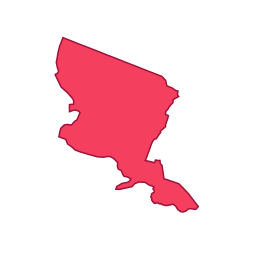 the district of Al Jarrahi, Al Hudaydah, Yemen, rotated 114°
{"feature_id": "15242507B33824576617573", "entity_name": "Al Jarrahi", "entity_type": "district", "adm_level": 2, "iso_a3": "YEM", "parent_name": "Yemen", "parent_adm1": "Al Hudaydah", "projection": "mercator", "projection_center": [43.453, 14.104], "detail": "fine", "context": "isolated", "style": "filled", "palette": "rose", "viewbox_px": 256, "rotation_deg": 114, "n_neighbors": 0, "source": "geoboundaries", "source_scale": "gbopen_adm2", "svg_char_len": 4033}
<svg xmlns="http://www.w3.org/2000/svg" viewBox="0 0 256 256"><g transform="rotate(114 128 128)"><path d="M169.3,162.3L169.3,161.8L168.4,155.8L168.4,155.6L168.3,154.8L168.2,153.8L168.0,152.4L167.9,151.8L167.7,150.6L167.6,150.1L167.2,147.1L166.8,144.3L165.5,140.8L164.6,138.4L164.0,137.6L162.7,135.6L162.4,135.2L161.5,132.9L161.3,132.6L161.4,131.7L161.5,130.3L161.5,129.3L162.1,127.7L162.7,126.0L162.9,125.6L163.6,123.6L166.6,122.3L167.5,122.0L169.1,120.6L169.6,119.7L169.6,118.4L169.7,116.7L170.7,115.7L172.1,114.3L173.6,112.3L173.7,111.5L173.4,110.3L172.9,108.7L173.3,104.6L174.2,104.8L174.9,105.0L175.2,105.0L175.4,105.1L176.9,105.4L178.2,106.9L181.1,111.0L181.3,111.2L186.0,114.4L186.3,114.5L188.9,114.2L187.6,110.9L187.1,110.2L185.8,108.4L181.5,102.6L180.3,100.9L180.1,100.7L179.4,100.3L178.7,100.0L177.5,99.7L176.1,99.1L175.4,98.7L174.9,98.1L174.5,97.5L174.0,97.2L173.5,96.8L173.1,96.2L172.1,94.2L171.7,92.8L171.3,92.0L171.0,91.4L170.8,90.4L170.8,89.7L171.2,87.2L171.5,85.9L171.3,82.5L171.3,81.1L171.5,80.2L171.8,80.1L172.5,80.3L172.8,80.4L173.3,80.5L173.6,80.3L174.1,79.4L174.6,78.6L174.9,78.4L175.5,78.2L176.0,78.0L176.5,78.0L176.9,78.6L177.4,79.1L178.2,79.5L178.7,79.6L179.5,79.4L180.2,79.1L180.6,79.1L181.2,79.2L181.8,79.1L182.2,78.6L182.3,78.0L182.7,77.5L183.2,77.4L183.5,77.4L184.0,77.3L184.4,76.8L184.9,75.7L185.0,75.4L185.0,74.9L185.3,74.7L185.6,74.8L185.8,74.5L185.9,74.0L185.7,73.7L185.6,73.4L185.7,73.1L185.9,72.9L185.9,72.7L185.7,72.4L185.4,72.2L185.2,71.9L185.0,71.4L184.7,70.9L184.4,70.5L184.2,70.2L184.2,69.9L184.2,69.5L184.5,69.0L184.5,68.8L184.5,68.4L184.4,68.0L184.2,67.6L184.0,67.3L184.0,66.8L183.9,66.8L184.0,66.6L183.9,66.2L183.9,65.9L183.9,65.6L184.0,65.3L183.9,64.2L183.7,63.2L183.6,62.7L183.3,61.4L181.8,59.2L180.8,57.8L179.6,56.4L179.4,55.4L179.5,54.7L179.7,53.6L180.4,52.0L181.5,50.5L182.4,49.0L182.8,46.8L182.9,46.5L182.9,45.5L182.6,44.2L182.0,43.2L181.4,42.5L180.4,41.4L177.7,40.0L177.3,39.8L176.6,38.7L176.2,37.7L175.8,36.7L175.4,34.7L175.0,33.5L174.6,32.9L173.0,32.4L171.2,31.8L163.3,46.3L162.6,48.0L162.1,49.3L162.0,49.5L161.3,51.1L160.8,52.4L160.4,53.3L158.9,57.2L158.7,57.6L158.5,58.2L158.3,58.7L158.3,58.8L158.8,66.0L158.9,66.3L159.0,67.3L159.0,67.6L159.2,69.9L159.5,72.9L160.0,74.3L154.2,78.0L151.7,79.6L150.8,80.1L150.0,80.7L148.3,81.7L148.2,81.8L147.9,83.0L147.1,84.2L144.6,85.6L145.2,86.9L145.4,87.2L145.8,88.7L146.0,89.5L146.1,89.9L148.5,89.7L149.2,90.2L149.2,91.0L149.2,91.9L149.4,92.8L150.7,99.1L148.8,99.0L148.7,99.0L145.3,99.2L145.1,99.3L143.6,99.3L142.9,99.4L137.8,99.7L135.9,99.9L132.6,100.1L132.4,100.1L129.3,100.0L127.2,99.1L126.5,97.9L123.2,97.3L119.9,96.7L118.9,96.3L118.0,97.1L117.2,96.8L116.0,96.3L113.6,95.3L113.4,95.2L112.3,94.5L111.1,94.3L110.1,95.0L107.8,95.2L103.3,95.6L100.3,96.1L100.2,99.5L98.8,99.8L97.2,100.1L95.0,99.3L93.0,99.1L91.4,98.8L89.2,98.3L87.6,97.5L86.4,97.3L83.6,98.2L83.0,97.7L82.2,97.2L80.7,96.1L80.0,95.5L78.6,94.5L77.7,96.3L75.7,96.9L75.2,97.0L74.4,97.3L74.1,97.4L73.9,97.4L74.4,99.4L73.5,104.1L73.6,106.6L73.6,109.7L71.9,111.0L71.7,111.1L69.2,113.0L67.1,118.0L67.4,124.1L68.1,138.9L68.2,142.2L68.9,156.4L69.1,162.5L69.6,173.4L69.8,176.2L70.0,181.5L70.1,184.6L71.2,207.1L71.3,209.1L71.9,224.2L81.3,223.7L86.3,222.8L88.0,222.5L93.2,221.1L95.8,220.5L96.9,220.3L97.0,220.3L98.2,219.5L101.4,217.2L104.1,214.7L105.0,214.5L106.3,214.7L107.7,215.3L108.6,216.3L109.0,216.2L112.3,212.2L115.0,209.1L115.9,208.0L117.9,205.5L118.5,203.6L118.9,202.2L119.2,201.4L119.6,199.9L120.4,197.7L122.4,193.1L124.0,190.0L125.1,188.9L125.3,188.7L125.7,188.4L126.7,188.1L126.9,188.0L128.4,187.4L130.4,191.0L133.8,189.5L136.9,188.1L133.4,184.4L132.6,180.5L132.9,179.7L133.4,178.1L138.4,178.0L141.4,178.0L143.8,179.6L144.6,179.8L148.3,180.9L148.4,181.2L148.4,181.3L149.5,185.0L151.1,187.4L151.2,187.5L155.0,189.0L155.5,189.2L156.9,189.1L160.1,188.6L162.3,187.9L162.6,187.9L164.1,187.7L164.0,184.8L163.9,183.5L163.7,180.7L163.7,180.0L164.9,179.0L167.1,176.8L167.5,174.9L167.7,173.4L168.9,169.2L169.6,167.6L169.3,162.3Z" fill="#f43f5e" stroke="#9f1239" stroke-width="1.5"/></g></svg>